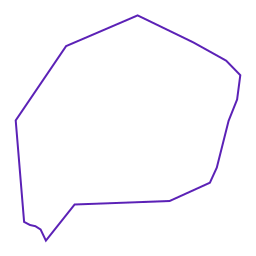 outline of Bouvet Island
{"feature_id": "BVT+00?", "entity_name": "Bouvet Island", "entity_type": "state/province", "adm_level": 1, "iso_a3": "NOR", "parent_name": "Norway", "parent_adm1": "", "projection": "mercator", "projection_center": [3.419, -54.421], "detail": "fine", "context": "isolated", "style": "outline", "palette": "violet", "viewbox_px": 256, "rotation_deg": 0, "n_neighbors": 0, "source": "natural_earth", "source_scale": "10m", "svg_char_len": 328}
<svg xmlns="http://www.w3.org/2000/svg" viewBox="0 0 256 256"><path d="M193.5,42.5L226.2,60.7L240.3,75.2L237.1,99.5L228.6,120.8L216.8,167.6L209.9,182.7L169.6,201.0L74.6,204.5L45.9,240.6L40.6,229.5L35.4,226.2L30.0,225.0L24.1,221.9L15.7,120.4L66.1,46.1L137.6,15.4L193.5,42.5Z" fill="none" stroke="#5b21b6" stroke-width="2"/></svg>